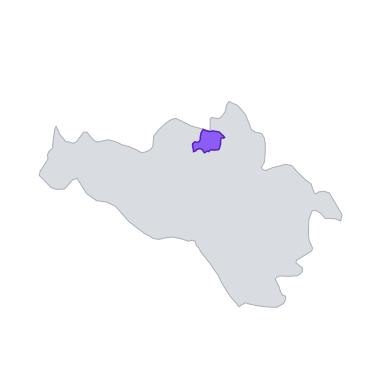 location of Novo Mesto within Slovenia, rotated 224°
{"feature_id": "SVN-212", "entity_name": "Novo Mesto", "entity_type": "Municipality", "adm_level": 1, "iso_a3": "SVN", "parent_name": "Slovenia", "parent_adm1": "", "projection": "orthographic", "projection_center": [15.192, 45.803], "detail": "fine", "context": "in_parent", "style": "filled", "palette": "violet", "viewbox_px": 384, "rotation_deg": 224, "n_neighbors": 0, "source": "natural_earth", "source_scale": "10m", "svg_char_len": 2603}
<svg xmlns="http://www.w3.org/2000/svg" viewBox="0 0 384 384"><g transform="rotate(224 192 192)"><path d="M335.4,144.8L327.3,141.7L317.5,140.5L315.7,142.3L311.9,144.1L309.9,147.3L311.6,159.9L309.3,162.0L298.2,160.9L294.6,162.4L288.7,171.2L282.5,175.0L274.7,177.6L268.9,180.9L261.6,183.7L255.4,185.3L252.9,189.2L251.4,193.4L251.8,197.5L258.3,205.5L259.2,214.1L258.5,224.6L257.1,230.2L254.6,233.9L238.9,238.8L222.5,247.5L222.2,249.4L229.6,257.1L229.9,259.0L223.8,263.3L223.2,267.7L223.9,272.8L227.2,277.9L228.4,282.6L219.3,286.0L207.1,284.8L192.6,278.2L187.6,279.2L182.6,282.5L177.6,281.1L172.1,277.0L164.4,268.6L160.6,263.5L159.1,258.0L157.0,257.2L153.7,258.8L151.0,265.4L143.7,277.2L138.3,280.3L130.3,279.6L119.0,279.6L111.9,280.5L103.4,276.2L101.3,277.0L101.2,279.7L97.9,284.0L92.6,286.7L68.3,279.9L64.9,274.5L70.5,272.1L78.2,265.4L83.4,266.2L89.8,264.9L92.6,262.0L88.8,253.3L78.8,242.4L73.5,238.2L66.2,235.4L65.0,232.5L69.4,215.7L68.2,213.3L59.8,213.9L57.9,212.1L57.2,209.1L57.9,205.1L63.7,198.7L70.1,193.0L71.8,189.8L71.7,187.2L63.7,184.4L58.9,181.7L55.1,180.7L52.4,182.1L50.5,180.4L48.6,175.5L50.7,168.1L58.1,161.5L66.0,155.6L72.8,151.3L76.7,149.4L78.7,141.9L82.7,142.7L90.7,143.3L99.5,145.2L107.8,147.4L115.0,150.2L130.3,153.2L144.2,155.0L148.4,156.6L151.8,156.5L156.0,158.9L158.5,157.1L160.4,154.1L168.0,150.5L175.0,145.8L179.9,139.8L182.7,135.1L187.5,131.7L192.6,130.8L197.3,129.1L216.9,126.9L237.2,128.6L246.8,125.3L254.7,119.4L266.3,117.7L266.9,117.7L284.2,122.0L285.5,119.4L286.3,118.2L285.8,105.6L291.2,99.8L296.3,97.3L313.5,97.8L315.8,101.7L316.8,107.7L318.5,115.7L321.4,117.9L323.0,121.1L322.8,126.7L326.3,130.8L334.4,141.9L335.4,144.8Z" fill="#d9dde1" stroke="#a8b0b8" stroke-width="1"/><path d="M227.5,244.8L225.0,245.7L221.3,247.7L220.5,248.7L220.0,250.0L219.9,250.0L218.0,251.4L214.6,253.8L214.0,254.0L212.8,254.1L211.4,254.0L208.6,254.2L206.4,253.8L206.7,252.7L207.3,252.3L207.6,252.2L207.9,252.0L208.0,251.7L208.4,250.9L208.1,250.2L207.5,249.3L204.4,245.9L204.3,245.3L204.0,244.6L202.7,242.7L202.3,241.0L204.9,237.7L205.8,237.2L206.3,236.5L207.0,236.3L207.3,235.8L207.6,235.4L207.9,234.7L208.0,234.2L208.0,233.8L208.0,233.4L207.9,232.9L208.0,232.7L208.5,232.7L208.8,232.6L209.4,232.0L210.3,228.8L214.0,229.6L215.1,229.3L216.3,228.8L217.0,228.0L218.1,225.8L218.0,225.2L217.9,224.7L217.9,224.1L219.0,222.1L221.7,224.4L222.6,224.8L223.6,225.5L224.5,226.5L224.9,227.2L225.2,227.8L224.8,228.6L225.0,230.0L222.9,231.1L222.5,231.8L222.0,233.0L222.2,234.6L222.7,235.8L224.4,237.5L226.5,240.8L227.4,244.4L227.5,244.8L227.5,244.8Z" fill="#8b5cf6" stroke="#5b21b6" stroke-width="1.5"/></g></svg>